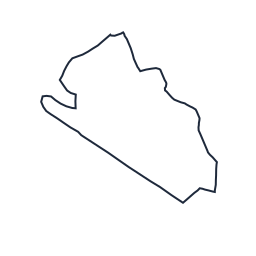 Al-Hindiya, Karbala', Iraq (Natural Earth projection), rotated 337°
{"feature_id": "34846034B69940766405797", "entity_name": "Al-Hindiya", "entity_type": "district", "adm_level": 2, "iso_a3": "IRQ", "parent_name": "Iraq", "parent_adm1": "Karbala'", "projection": "natural_earth1", "projection_center": [44.226, 32.466], "detail": "fine", "context": "isolated", "style": "outline", "palette": "slate", "viewbox_px": 256, "rotation_deg": 337, "n_neighbors": 0, "source": "geoboundaries", "source_scale": "gbopen_adm2", "svg_char_len": 1596}
<svg xmlns="http://www.w3.org/2000/svg" viewBox="0 0 256 256"><g transform="rotate(337 128 128)"><path d="M167.5,81.3L166.8,81.2L161.5,80.5L160.9,76.8L160.6,75.7L160.5,71.8L160.4,66.7L161.1,62.1L161.7,55.6L161.7,52.0L161.7,47.6L161.7,45.7L160.9,41.8L161.2,40.2L160.9,38.1L159.8,38.1L159.1,38.4L157.8,38.3L151.9,37.9L150.8,37.4L149.0,36.5L148.4,36.1L148.2,35.2L145.5,36.1L138.2,38.4L132.4,40.3L126.7,41.1L121.1,42.1L114.9,42.7L110.0,42.4L104.0,42.1L99.2,44.5L95.6,47.1L91.5,50.5L87.9,54.2L84.0,57.1L84.1,57.6L85.5,64.7L86.6,69.7L89.0,73.4L93.0,76.8L90.0,82.9L87.5,89.4L84.5,87.8L79.7,83.9L75.5,79.2L72.0,73.9L69.5,68.9L65.6,66.6L61.8,65.5L58.3,70.0L58.3,75.5L59.4,80.5L62.2,85.0L66.5,91.3L68.5,94.4L70.5,97.6L75.2,104.9L80.6,112.0L82.2,116.4L100.1,143.0L113.2,163.9L127.9,185.8L134.5,195.0L141.8,206.8L149.4,218.3L149.7,218.2L155.3,216.4L163.8,213.6L167.7,212.7L170.5,211.5L172.8,213.0L174.7,214.7L177.7,216.9L181.3,219.7L182.9,220.8L183.7,219.1L185.0,217.1L186.6,214.6L188.6,210.1L190.5,206.2L193.2,200.1L195.2,196.2L196.5,194.1L195.5,191.2L194.5,188.1L192.9,184.5L192.1,181.7L192.2,180.1L192.2,177.5L192.2,175.7L192.2,172.5L192.2,170.0L192.2,166.5L192.2,161.9L192.1,157.8L193.2,154.8L194.4,152.9L195.2,151.1L196.8,148.7L197.7,146.9L197.7,143.9L197.7,139.6L197.5,137.4L195.4,134.4L193.4,132.2L191.0,129.2L189.9,127.5L186.7,125.0L181.7,120.0L180.4,117.4L179.2,114.0L177.8,109.6L176.8,107.9L177.5,105.7L178.9,104.9L180.4,102.7L180.8,101.8L180.8,100.4L180.5,98.0L180.5,95.0L180.5,90.9L180.5,87.0L179.8,85.9L177.2,83.8L172.9,82.6L167.5,81.3Z" fill="none" stroke="#1e293b" stroke-width="2"/></g></svg>